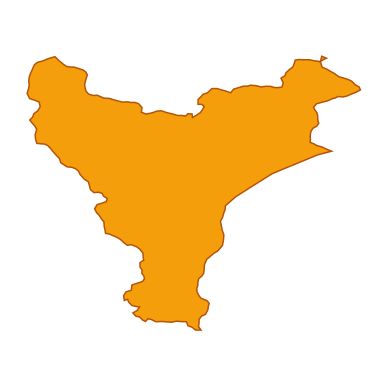 Dário Meira, Bahia, Brazil (Robinson projection), rotated 91°
{"feature_id": "56859067B24603419273590", "entity_name": "Dário Meira", "entity_type": "district", "adm_level": 2, "iso_a3": "BRA", "parent_name": "Brazil", "parent_adm1": "Bahia", "projection": "robinson", "projection_center": [-39.99, -14.392], "detail": "fine", "context": "isolated", "style": "filled", "palette": "amber", "viewbox_px": 384, "rotation_deg": 91, "n_neighbors": 0, "source": "geoboundaries", "source_scale": "gbopen_adm2", "svg_char_len": 3348}
<svg xmlns="http://www.w3.org/2000/svg" viewBox="0 0 384 384"><g transform="rotate(91 192 192)"><path d="M61.0,337.5L63.8,344.1L65.0,348.7L67.4,351.7L70.1,352.9L73.7,354.4L76.4,355.6L79.9,356.7L84.1,357.2L88.1,356.6L91.4,357.2L96.2,358.6L101.4,356.0L103.0,350.8L104.7,346.4L109.4,345.3L113.6,347.7L116.5,351.5L119.8,352.6L122.9,355.5L125.3,353.5L128.9,350.2L132.1,348.4L137.9,349.9L142.5,349.2L146.1,347.9L146.4,344.6L146.7,340.0L148.1,337.0L151.4,333.8L154.0,331.7L157.9,328.1L161.0,325.0L165.0,323.7L169.0,317.4L169.4,312.6L170.7,308.9L173.2,305.8L176.3,304.3L181.0,300.0L183.5,295.9L187.3,294.7L191.3,293.6L194.3,290.1L193.9,285.3L194.9,281.9L197.8,280.2L200.0,276.6L203.1,277.5L204.8,282.0L206.3,286.7L210.5,289.1L214.5,286.9L216.9,284.4L220.6,282.0L223.3,279.6L228.4,279.1L231.9,278.2L234.9,277.7L235.4,274.1L237.4,269.3L239.1,265.3L240.8,262.6L243.9,259.1L246.4,255.7L245.7,251.8L247.9,246.1L250.2,243.1L254.2,239.9L258.1,239.7L260.9,239.1L263.6,242.8L268.0,242.6L271.1,240.5L274.1,240.8L276.7,238.7L279.7,238.0L282.3,239.9L284.2,245.2L286.0,250.4L291.3,251.0L293.0,256.2L296.9,258.6L301.6,257.8L300.4,254.6L303.2,253.4L306.5,250.1L307.5,245.7L307.9,242.4L311.6,245.0L313.9,249.0L317.2,245.9L317.9,242.1L320.9,239.2L322.3,236.2L319.5,233.7L320.3,230.2L322.3,226.1L322.0,219.4L322.3,215.2L322.6,210.2L321.4,205.2L321.8,200.6L321.8,195.3L325.8,193.7L327.1,189.8L330.0,186.0L329.9,180.6L326.5,183.1L322.9,182.7L319.3,182.7L315.8,180.2L314.1,176.4L309.6,174.1L305.9,173.7L303.2,172.8L300.6,174.8L299.1,178.2L298.0,181.3L294.7,183.8L291.6,185.2L288.4,185.6L285.7,184.6L282.5,184.6L278.6,183.8L276.3,181.1L273.2,178.9L269.0,178.5L264.4,178.3L258.9,176.0L255.5,172.0L252.9,169.1L250.7,165.5L248.5,163.5L244.9,160.6L239.4,159.7L234.2,159.4L229.9,161.1L225.6,162.0L220.8,163.0L216.6,160.9L213.5,160.2L208.9,158.6L205.1,158.3L199.3,151.9L196.0,148.2L184.9,131.5L172.3,112.2L169.7,106.4L152.7,67.1L148.8,53.2L146.7,58.4L144.8,62.6L143.4,67.9L141.6,71.2L140.4,74.7L137.2,74.5L134.1,74.8L129.8,74.3L126.3,72.4L124.1,68.6L121.3,66.5L117.7,67.5L113.5,67.7L110.6,68.5L107.8,70.6L105.1,71.9L101.6,69.0L99.9,63.3L98.4,57.7L96.4,53.7L95.5,50.4L94.0,47.6L94.3,42.4L93.2,38.4L91.5,34.8L89.5,29.9L87.0,25.4L84.1,26.7L81.9,30.7L78.4,34.3L76.9,37.5L75.4,42.4L74.2,47.2L71.2,51.4L68.7,56.1L66.7,59.6L65.0,64.1L59.4,65.9L58.6,72.4L57.7,77.3L57.8,82.6L57.7,87.5L58.3,91.1L61.4,91.9L65.2,93.3L67.6,96.4L71.0,100.0L74.2,101.2L76.6,105.0L81.3,102.7L85.5,103.9L86.1,107.8L86.1,111.2L85.0,115.6L85.0,120.2L85.8,124.5L84.6,129.6L84.2,135.4L85.3,138.6L85.2,142.2L86.7,146.8L88.4,152.1L92.1,155.1L90.9,158.6L89.1,165.4L88.1,169.1L88.2,173.9L92.6,178.3L94.1,182.6L96.5,184.7L99.4,187.5L104.2,187.5L104.2,183.8L106.2,181.3L109.0,182.7L112.4,185.0L115.1,188.8L117.5,192.8L114.0,193.3L113.8,197.4L116.1,199.7L115.7,203.6L115.7,207.8L114.5,212.0L113.1,218.5L111.3,224.2L111.8,228.8L113.5,233.2L114.9,239.1L113.2,244.0L108.4,243.5L104.6,247.0L103.4,251.0L103.6,254.3L103.0,257.7L103.3,263.2L102.2,267.9L101.2,271.7L99.9,276.1L99.7,281.6L98.3,285.1L96.9,288.5L97.2,292.6L96.0,297.0L93.2,299.6L89.8,300.7L86.7,301.2L83.9,300.7L80.3,299.8L76.8,298.7L73.9,300.3L72.0,302.8L70.4,307.9L69.2,312.2L69.2,315.6L68.6,319.8L66.1,323.4L63.4,326.8L61.3,329.0L59.1,331.4L61.0,337.5ZM59.4,65.9L57.4,63.0L55.9,59.9L54.0,64.6L59.4,65.9Z" fill="#f59e0b" stroke="#b45309" stroke-width="1.5"/></g></svg>